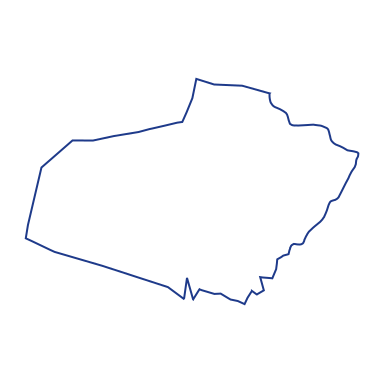 Yabroud, Rif Dimashq, Syria, rotated 179°
{"feature_id": "27442178B56496530106269", "entity_name": "Yabroud", "entity_type": "district", "adm_level": 2, "iso_a3": "SYR", "parent_name": "Syria", "parent_adm1": "Rif Dimashq", "projection": "orthographic", "projection_center": [36.379, 33.94], "detail": "fine", "context": "isolated", "style": "outline", "palette": "blue", "viewbox_px": 384, "rotation_deg": 179, "n_neighbors": 0, "source": "geoboundaries", "source_scale": "gbopen_adm2", "svg_char_len": 3038}
<svg xmlns="http://www.w3.org/2000/svg" viewBox="0 0 384 384"><g transform="rotate(179 192 192)"><path d="M342.1,219.1L356.6,161.9L359.0,148.6L353.2,145.8L334.8,136.6L330.4,134.5L283.1,119.8L217.7,97.3L202.2,85.4L201.7,86.0L200.4,94.3L198.5,106.2L192.8,84.7L192.7,84.6L192.6,84.8L189.3,89.9L186.5,94.2L186.4,94.4L186.2,94.6L186.0,94.4L185.0,94.1L184.4,93.8L171.4,89.7L165.1,89.9L157.3,85.0L155.3,83.8L153.4,83.4L148.1,82.2L141.4,79.0L138.3,85.3L134.4,91.2L133.8,91.9L133.8,92.0L131.5,90.3L130.6,89.6L129.4,88.7L129.0,88.4L128.9,88.4L128.7,88.6L121.9,92.4L122.1,93.2L124.9,104.1L125.3,105.7L122.8,105.3L115.6,104.6L113.2,104.3L113.1,104.5L112.2,106.6L109.2,113.4L109.2,113.5L108.4,118.9L108.2,120.7L108.0,122.7L107.9,123.2L107.6,123.4L107.2,123.6L106.8,123.8L104.2,125.2L103.0,126.0L101.9,126.8L101.1,127.0L100.4,127.2L97.5,127.9L96.8,128.1L96.5,128.3L96.5,128.6L96.4,128.8L95.9,130.6L95.9,130.9L95.4,132.5L94.9,133.6L94.9,133.8L94.9,134.3L94.5,135.1L94.2,135.6L93.9,136.3L93.8,136.5L93.2,137.1L92.9,137.3L91.2,138.3L90.0,138.2L87.9,137.8L86.8,137.7L86.5,137.7L85.1,137.6L84.4,137.7L83.5,137.9L82.2,138.6L81.7,139.1L80.7,141.1L80.4,142.4L80.0,143.1L78.9,145.4L78.8,145.6L78.0,146.9L77.6,147.6L77.5,147.9L75.8,150.3L74.9,151.1L72.4,153.4L72.0,153.8L70.1,155.4L64.3,160.0L62.5,161.9L62.1,162.3L61.6,163.1L60.3,164.8L59.8,166.0L59.6,166.4L59.4,166.8L58.8,168.1L57.9,170.2L57.4,171.4L56.2,175.0L55.7,176.5L55.3,177.3L54.9,178.2L54.8,178.4L54.0,179.7L53.3,180.3L51.8,180.9L50.3,181.3L49.6,181.5L48.7,181.7L48.0,182.2L47.8,182.3L47.2,182.6L46.7,183.0L45.6,184.1L45.1,184.9L45.1,185.0L43.0,188.9L38.0,198.4L35.4,203.0L34.1,205.9L32.2,209.4L31.4,210.6L28.9,214.0L28.6,214.8L28.1,216.0L27.8,216.7L27.8,216.9L27.7,217.1L27.6,217.9L27.5,219.1L27.3,220.1L27.3,220.3L27.3,220.5L27.2,221.0L27.1,221.3L26.9,221.6L26.8,221.9L26.8,222.2L25.8,223.9L25.6,224.3L25.3,225.1L25.0,227.4L25.0,227.8L25.5,228.2L25.7,228.5L25.8,228.6L26.7,229.0L29.6,229.8L31.6,230.2L33.9,230.6L35.9,231.0L40.1,233.6L43.2,235.2L47.5,237.0L48.5,237.7L49.5,238.4L51.3,240.3L52.2,241.9L52.7,243.9L52.9,245.1L53.6,247.9L53.7,248.5L53.8,249.0L54.2,250.5L54.8,252.2L55.4,252.9L56.2,253.6L59.3,255.0L60.2,255.4L61.0,255.7L61.4,255.9L62.7,256.2L63.3,256.3L64.3,256.4L67.7,256.9L69.4,257.2L69.9,257.2L72.4,257.1L74.3,257.0L76.4,256.9L84.6,256.6L86.5,256.7L87.3,256.7L88.7,256.7L88.9,256.8L89.9,256.9L91.1,257.3L92.9,258.5L93.3,259.7L93.9,261.6L94.0,261.8L94.1,262.1L94.1,262.3L94.9,265.6L95.3,266.8L95.5,267.4L95.6,267.8L96.4,268.9L96.6,269.3L96.9,269.6L97.8,270.2L99.1,271.2L102.5,273.2L106.2,274.9L107.0,275.2L107.2,275.3L108.1,275.8L108.7,276.2L109.3,276.8L109.7,277.0L110.8,278.6L111.2,279.2L111.6,279.8L112.0,280.8L112.5,283.1L112.7,284.6L112.8,285.9L112.8,287.6L112.8,289.2L112.7,289.3L114.6,289.8L140.0,297.4L168.0,299.1L185.7,305.0L190.0,285.8L190.6,284.4L196.0,271.8L199.4,264.5L200.5,262.2L205.5,261.6L218.2,258.8L231.0,256.1L233.2,255.7L238.8,254.3L244.4,252.9L269.1,249.3L290.0,245.2L310.6,245.6L330.3,229.0L342.1,219.1Z" fill="none" stroke="#1e3a8a" stroke-width="2"/></g></svg>